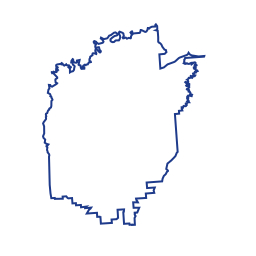 the district of Nillumbik, Victoria, Australia, rotated 168°
{"feature_id": "25037944B37493883083174", "entity_name": "Nillumbik", "entity_type": "district", "adm_level": 2, "iso_a3": "AUS", "parent_name": "Australia", "parent_adm1": "Victoria", "projection": "mercator", "projection_center": [145.196, -37.615], "detail": "fine", "context": "isolated", "style": "outline", "palette": "blue", "viewbox_px": 256, "rotation_deg": 168, "n_neighbors": 0, "source": "geoboundaries", "source_scale": "gbopen_adm2", "svg_char_len": 5879}
<svg xmlns="http://www.w3.org/2000/svg" viewBox="0 0 256 256"><g transform="rotate(168 128 128)"><path d="M79.2,223.6L79.7,223.3L80.4,221.6L83.5,222.1L85.4,221.7L86.8,220.8L87.2,221.1L87.4,221.6L87.8,221.7L88.7,219.8L89.9,218.6L90.5,218.4L91.2,218.4L94.5,221.0L95.2,221.2L96.1,219.3L96.8,218.6L102.5,219.3L103.4,219.1L103.8,219.4L103.9,221.6L104.4,221.7L105.7,220.9L104.8,218.3L106.1,216.9L106.4,215.5L106.8,215.2L108.6,216.0L110.5,215.6L111.3,216.8L111.9,217.0L113.4,216.6L114.1,216.7L114.4,217.5L112.9,219.0L113.0,220.1L112.9,221.4L113.5,222.2L116.2,224.0L116.6,223.8L117.0,223.2L117.0,221.3L116.6,219.6L116.8,218.2L117.7,216.6L118.7,215.6L121.5,216.2L122.3,216.0L123.6,215.1L125.0,215.1L126.3,215.8L127.0,217.0L126.7,218.4L124.6,219.7L121.9,220.8L120.2,220.8L119.3,221.0L118.6,222.0L118.7,222.4L120.4,224.1L121.9,224.1L125.3,222.5L127.3,222.2L129.0,220.5L129.9,220.0L133.2,220.0L135.6,222.0L136.0,221.2L135.0,220.3L134.0,217.7L134.4,217.0L135.1,216.6L139.3,216.4L140.9,218.0L141.2,218.9L142.7,220.0L143.2,219.9L143.7,219.3L143.3,217.7L142.1,217.0L141.9,216.5L142.8,215.4L143.1,214.5L143.1,213.8L141.9,213.2L139.7,213.1L139.5,212.1L139.6,210.6L138.6,208.8L138.8,208.2L139.7,207.7L140.6,208.7L142.3,211.6L142.7,211.9L143.3,211.9L144.0,210.2L143.5,208.3L143.5,207.4L143.7,207.0L145.7,208.2L147.0,208.3L147.5,207.6L147.6,206.6L150.1,205.6L150.8,203.9L151.4,203.4L151.7,201.8L150.6,200.8L150.6,200.2L152.9,200.1L154.1,198.6L155.6,198.7L156.3,198.2L157.1,198.9L158.7,198.3L160.0,196.8L159.5,196.4L158.4,196.9L158.1,195.9L158.4,195.1L161.2,195.5L161.6,196.6L161.4,199.0L161.7,199.3L162.7,199.6L163.2,200.2L161.2,204.6L163.9,204.6L164.1,203.0L164.3,202.8L165.1,202.6L166.5,203.1L167.6,204.2L167.4,206.5L167.8,206.9L169.3,205.5L169.9,203.9L168.8,203.5L168.7,201.4L167.5,200.0L167.4,199.1L168.2,197.8L168.4,196.9L168.9,195.9L170.0,195.0L172.1,194.9L173.2,194.5L172.5,198.1L172.0,198.9L171.3,199.2L171.3,199.7L171.6,200.0L172.2,199.9L172.7,199.3L173.2,199.2L173.7,200.0L172.7,200.9L172.7,201.5L175.2,202.3L175.3,203.1L177.4,202.3L178.7,203.8L179.2,203.9L178.7,204.6L179.4,205.3L180.2,204.7L184.1,204.9L185.2,204.4L185.4,203.5L184.6,202.5L185.2,202.0L184.5,201.7L185.1,201.2L184.5,199.5L185.0,199.5L186.1,200.2L186.3,199.7L186.3,199.2L185.3,199.2L185.2,198.9L186.2,198.8L186.0,198.1L186.3,197.6L186.6,197.6L187.0,197.9L187.7,197.7L189.2,198.6L190.1,198.0L190.9,198.4L191.0,198.0L190.8,197.4L190.1,197.6L189.8,197.4L186.7,192.3L186.9,191.5L188.7,190.8L189.1,190.1L189.3,187.7L188.0,186.5L188.6,186.0L193.7,184.2L194.8,185.0L195.1,186.2L196.4,186.6L196.6,183.1L197.8,182.1L199.1,179.0L197.2,177.4L196.9,175.7L197.3,175.2L196.5,174.5L196.6,173.4L196.2,172.8L196.0,171.3L197.3,170.3L198.4,165.5L199.1,164.1L201.0,163.3L201.2,162.4L202.3,161.9L202.9,161.2L203.9,159.4L205.2,159.0L205.6,158.1L205.5,156.4L206.1,155.8L206.1,154.6L206.4,153.7L209.3,151.2L210.1,150.1L209.7,147.1L211.1,140.1L212.8,137.6L212.7,135.9L211.4,133.9L212.5,131.0L211.1,129.5L209.3,128.5L210.2,127.8L210.5,127.9L210.8,127.5L211.5,127.3L211.6,126.9L210.9,125.8L211.8,123.4L211.5,121.8L211.7,121.0L210.6,118.7L210.7,117.4L211.2,116.5L216.4,88.7L217.4,80.2L217.6,75.3L214.2,74.8L214.3,73.9L206.5,72.4L206.2,74.5L202.6,74.0L201.7,72.2L201.0,71.6L197.3,71.1L198.0,65.8L194.6,65.3L194.9,63.2L190.1,62.5L190.4,60.2L185.2,59.8L186.1,59.3L186.5,58.5L180.6,57.8L181.4,57.0L183.2,56.1L186.1,52.9L176.0,51.5L176.6,47.5L174.1,47.1L173.8,46.4L173.5,46.4L174.4,40.1L163.5,38.5L163.1,41.9L158.2,41.2L156.4,42.2L155.2,50.2L148.8,49.2L149.5,46.9L150.1,46.7L151.8,35.1L146.5,34.3L146.6,33.0L143.9,32.6L144.0,32.3L141.4,31.9L140.3,38.6L138.9,40.3L139.3,41.1L139.4,42.2L138.9,42.7L139.2,43.3L139.1,43.8L136.5,43.4L133.6,47.7L139.1,48.8L138.4,54.2L133.8,53.2L134.2,54.7L134.8,55.9L134.8,57.3L124.8,55.8L124.2,60.2L115.8,59.1L115.9,61.6L114.2,64.2L121.8,65.3L121.1,70.8L105.7,68.7L104.7,71.2L102.9,73.7L100.7,75.0L99.1,77.0L97.9,77.6L97.8,78.1L99.1,80.0L96.8,85.0L92.2,87.4L87.5,90.6L85.4,93.7L84.4,94.3L79.2,131.9L75.0,131.4L74.6,134.2L71.3,133.9L71.5,134.6L70.7,135.7L70.9,136.6L71.3,136.6L71.2,137.1L69.9,136.7L69.4,137.7L68.9,138.0L67.7,137.4L66.8,137.4L65.7,138.3L65.8,138.7L66.6,139.5L66.4,140.0L65.2,139.9L64.2,140.7L63.0,140.5L63.2,140.9L64.4,141.3L64.7,141.7L64.4,141.9L63.1,142.1L63.2,142.5L63.6,143.0L63.6,143.4L62.8,144.7L62.7,145.5L63.2,145.7L63.5,145.2L63.9,145.1L63.6,146.3L62.5,147.2L60.5,146.6L59.1,145.9L58.9,146.2L59.4,146.9L58.7,147.4L59.2,147.7L60.6,147.5L60.5,147.9L59.6,149.2L59.9,150.3L61.2,151.0L61.1,151.8L60.4,152.0L60.4,152.4L62.1,153.2L62.4,153.7L62.1,154.0L60.8,154.0L59.8,155.0L60.4,155.7L60.1,156.3L60.6,156.7L62.0,156.8L62.3,157.4L61.9,157.7L60.8,157.9L59.3,156.8L58.9,158.3L59.3,158.7L60.4,158.6L61.4,159.3L62.5,160.9L62.1,161.2L60.2,160.0L59.9,160.0L59.4,160.9L59.6,162.5L60.1,163.0L59.0,163.4L58.2,164.4L57.4,164.0L56.5,164.2L56.2,164.5L56.0,165.7L55.8,165.9L54.9,165.4L55.4,164.3L55.2,163.9L54.8,163.7L54.5,164.0L54.5,164.7L53.7,165.5L53.4,164.9L52.0,164.8L51.3,165.5L52.9,166.3L53.1,167.7L53.0,167.8L52.3,167.6L51.6,168.1L51.1,168.8L50.2,168.1L49.1,169.1L48.1,169.2L48.3,169.9L49.7,170.4L49.6,171.6L50.9,172.1L51.2,173.1L51.1,173.4L50.1,173.0L49.2,173.1L49.2,173.9L50.0,175.0L49.7,175.6L48.5,174.8L47.9,175.0L47.9,175.3L48.6,175.6L48.7,176.2L48.4,177.7L48.9,178.3L49.7,178.4L52.7,177.0L52.8,177.5L52.1,178.1L51.9,178.5L52.6,178.6L54.9,178.0L56.0,178.3L56.9,179.1L58.1,178.7L59.0,178.9L60.0,179.8L59.0,180.4L59.3,181.2L58.9,182.0L58.9,182.9L58.1,183.6L57.6,184.6L39.0,182.0L38.7,182.0L38.4,182.6L44.1,183.3L50.7,185.8L52.3,187.2L53.1,189.0L53.9,187.9L55.1,187.2L62.4,186.2L63.8,185.8L67.9,183.4L69.0,183.0L76.1,182.0L80.3,179.8L84.0,179.4L82.0,193.5L76.7,192.9L74.6,194.3L74.8,195.2L74.6,196.2L76.0,197.1L77.5,200.3L78.0,202.7L78.9,204.2L80.1,205.2L80.3,206.1L80.5,206.2L79.6,210.5L78.7,216.9L80.4,217.8L79.6,217.9L78.8,218.6L78.3,221.6L79.2,223.6Z" fill="none" stroke="#1e3a8a" stroke-width="2"/></g></svg>